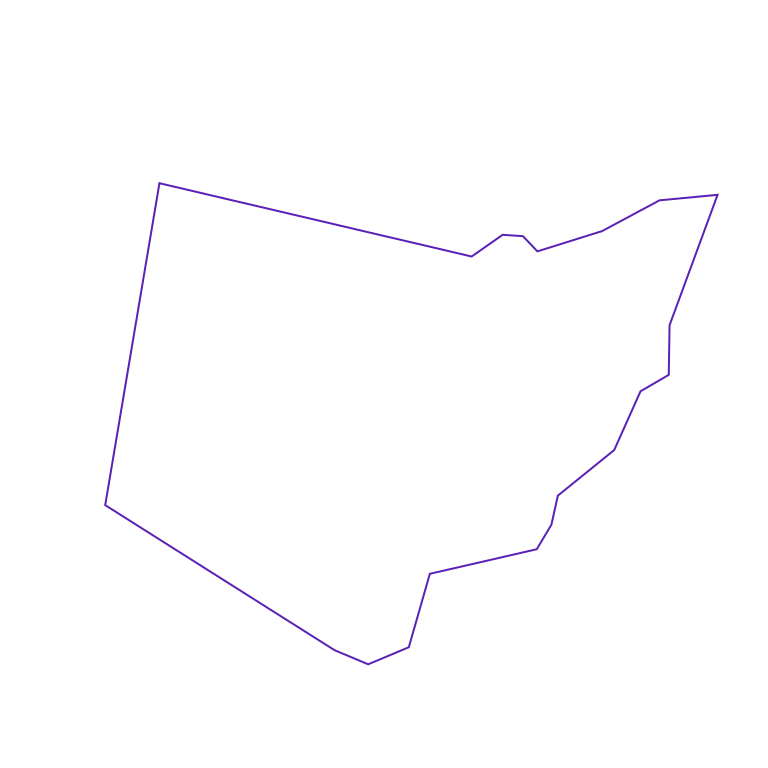 outline of Muntinlupa, rotated 196°
{"feature_id": "PHL-5557", "entity_name": "Muntinlupa", "entity_type": "Highly Urbanized City", "adm_level": 1, "iso_a3": "PHL", "parent_name": "Philippines", "parent_adm1": "", "projection": "natural_earth1", "projection_center": [121.049, 14.415], "detail": "fine", "context": "isolated", "style": "outline", "palette": "violet", "viewbox_px": 768, "rotation_deg": 196, "n_neighbors": 0, "source": "natural_earth", "source_scale": "10m", "svg_char_len": 418}
<svg xmlns="http://www.w3.org/2000/svg" viewBox="0 0 768 768"><g transform="rotate(196 384 384)"><path d="M115.5,657.8L125.7,519.2L112.8,471.3L135.4,447.7L144.5,384.0L186.1,324.6L184.3,294.9L191.6,267.3L287.6,214.2L287.6,137.8L322.0,110.2L358.2,114.5L618.6,190.7L655.2,515.1L334.9,530.7L311.1,560.1L291.2,564.4L273.1,553.8L216.5,591.1L169.8,636.5L115.5,657.8Z" fill="none" stroke="#5b21b6" stroke-width="2"/></g></svg>